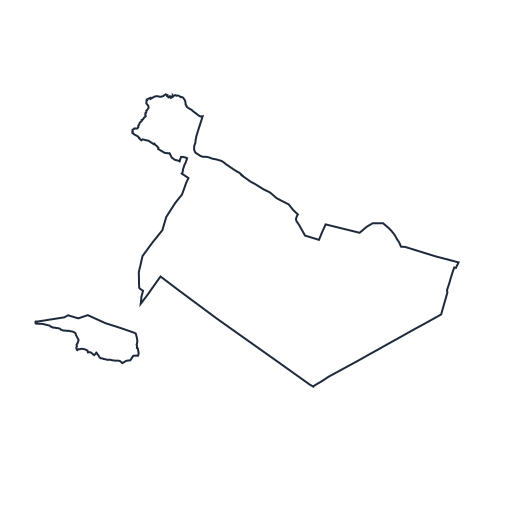 Joquicingo, México, Mexico (Mercator projection), rotated 104°
{"feature_id": "50627088B35119178104761", "entity_name": "Joquicingo", "entity_type": "district", "adm_level": 2, "iso_a3": "MEX", "parent_name": "Mexico", "parent_adm1": "México", "projection": "mercator", "projection_center": [-99.521, 19.062], "detail": "fine", "context": "isolated", "style": "outline", "palette": "slate", "viewbox_px": 512, "rotation_deg": 104, "n_neighbors": 0, "source": "geoboundaries", "source_scale": "gbopen_adm2", "svg_char_len": 5672}
<svg xmlns="http://www.w3.org/2000/svg" viewBox="0 0 512 512"><g transform="rotate(104 256 256)"><path d="M368.2,168.6L365.0,165.4L361.8,162.1L358.8,159.3L355.7,156.5L351.3,151.7L346.9,146.9L344.7,144.5L342.5,142.1L338.1,137.3L333.7,132.5L329.4,127.9L325.1,123.4L320.8,118.8L316.6,114.2L314.4,112.0L310.1,107.4L305.8,102.8L301.6,98.3L297.3,93.7L295.1,91.4L290.9,86.9L288.8,84.7L284.7,80.2L282.6,77.9L278.4,73.4L274.2,68.9L270.0,64.4L267.9,62.2L261.1,62.0L257.7,61.9L252.7,61.7L245.8,61.5L245.1,61.5L242.9,62.4L237.4,62.0L234.6,61.8L230.2,61.7L224.0,61.3L219.2,60.9L219.2,59.2L213.2,57.9L212.9,82.7L212.8,83.3L212.4,90.8L211.1,113.7L211.9,117.5L210.4,118.7L208.6,120.0L207.8,120.8L206.9,121.7L206.1,122.7L205.4,123.4L204.2,124.5L203.4,125.2L202.7,125.9L201.8,126.9L201.1,127.7L200.0,129.2L198.9,130.6L196.8,133.9L193.5,140.6L196.0,150.7L200.9,155.7L204.3,158.1L208.4,161.1L208.5,196.1L211.3,196.6L217.4,197.7L225.1,198.8L224.3,213.4L219.9,217.5L214.9,222.3L212.5,225.1L210.5,226.2L208.8,226.1L206.3,225.7L205.6,225.4L202.2,231.3L198.0,236.8L196.4,243.9L194.9,250.0L192.5,254.7L190.9,258.0L189.5,264.8L186.4,274.3L185.2,279.2L182.6,285.8L181.3,289.2L181.0,288.9L180.3,290.2L179.2,292.6L179.0,293.4L178.9,294.0L178.7,294.9L178.4,295.6L178.3,295.8L178.0,296.9L177.5,298.3L177.4,298.5L177.3,299.0L176.5,301.0L176.3,301.7L175.4,304.0L174.3,307.2L173.2,309.3L172.1,312.4L171.9,317.4L172.1,322.1L171.7,325.4L171.8,328.2L172.6,331.8L172.4,334.0L170.3,339.9L167.8,341.8L164.0,342.6L161.1,342.2L157.6,342.7L155.6,342.7L155.0,342.9L147.7,342.5L143.3,342.2L137.5,341.8L133.4,341.6L133.6,341.9L133.7,343.0L134.1,343.7L133.3,346.4L133.1,346.6L132.3,348.4L130.7,352.3L129.8,353.8L129.1,356.5L128.0,359.3L126.9,359.8L126.2,360.9L123.7,361.7L123.2,362.0L121.7,363.0L120.9,364.1L120.3,364.7L119.8,365.7L119.7,366.6L120.1,367.3L119.2,369.5L119.2,370.7L119.4,371.6L119.7,371.8L119.5,373.5L121.0,375.0L120.4,375.7L122.0,375.4L123.1,377.0L121.9,377.4L121.8,378.4L123.2,379.1L122.4,380.9L121.3,380.8L121.2,381.8L121.0,382.7L121.5,383.2L123.4,384.8L124.7,387.2L124.8,390.0L124.9,390.9L125.8,392.9L129.0,396.3L128.1,396.7L130.5,399.8L131.1,399.3L132.0,399.8L134.5,399.3L135.5,397.9L136.3,396.9L137.3,396.4L138.5,396.1L140.7,397.0L141.2,397.2L141.6,397.6L142.1,397.4L142.8,397.3L143.4,397.3L144.1,397.9L144.6,397.6L145.2,397.5L145.7,397.7L146.9,396.8L147.5,397.2L148.2,397.5L148.5,397.8L149.0,398.2L149.8,398.3L150.0,398.4L150.2,398.5L150.7,398.8L151.4,399.1L151.7,399.8L152.4,399.6L152.5,399.6L153.1,399.7L153.9,400.5L154.9,401.0L155.4,401.1L156.6,401.3L157.2,401.3L157.7,401.6L158.1,401.8L159.4,401.3L159.9,401.6L160.9,401.9L161.3,403.0L161.4,403.7L161.6,404.8L162.1,404.9L162.7,405.6L163.3,406.3L164.1,406.2L164.8,406.1L164.9,405.9L165.1,405.8L165.2,405.6L165.4,405.5L165.5,405.5L165.9,405.7L166.0,405.8L166.3,405.8L166.3,405.6L166.6,405.3L166.8,404.9L167.0,404.7L167.0,404.4L167.2,404.0L167.3,403.8L167.4,403.7L167.5,403.6L167.9,401.9L168.4,400.0L169.6,397.8L170.0,397.9L171.5,395.3L170.3,394.4L170.3,393.9L170.2,388.0L170.9,386.2L172.2,382.2L171.6,381.7L172.6,380.6L173.0,379.4L174.6,376.9L175.8,376.9L178.0,369.7L177.5,365.2L177.2,364.8L177.7,364.3L180.3,362.1L181.0,361.5L181.8,359.3L181.9,358.9L182.3,358.1L182.3,356.3L182.3,354.4L182.7,353.0L181.9,352.9L181.2,353.0L180.0,352.9L179.2,352.7L178.0,352.7L177.9,352.1L177.8,351.8L177.5,351.0L177.6,350.0L177.5,349.0L177.5,348.1L177.8,346.5L180.6,346.7L182.7,346.9L184.5,347.4L189.7,347.8L190.8,347.6L192.6,347.6L193.1,347.5L194.0,348.0L196.7,340.4L201.7,341.4L205.7,341.8L209.7,342.2L214.4,342.7L219.7,345.2L223.8,347.1L229.7,349.1L233.2,350.3L239.8,352.5L246.8,352.8L253.7,353.1L258.0,355.1L261.5,356.7L267.2,359.4L270.6,360.8L273.8,362.1L277.7,363.7L283.5,366.1L288.2,366.0L292.1,365.9L295.9,365.9L300.0,365.8L305.9,364.2L311.9,362.6L315.0,361.7L316.0,360.3L317.1,357.2L324.3,357.3L325.0,357.0L330.3,356.3L319.3,351.6L313.5,349.4L299.0,343.7L307.7,323.4L326.2,278.9L354.1,207.4L367.7,172.9L368.9,168.8L368.2,168.6ZM390.6,406.7L390.2,406.4L389.5,405.8L389.2,405.2L389.2,404.6L388.7,403.7L388.2,402.8L387.9,400.4L388.2,398.0L388.5,396.6L389.5,396.2L390.2,395.8L390.0,395.2L389.6,394.4L389.6,392.7L390.5,390.9L390.9,390.3L391.3,389.1L391.0,389.0L390.6,388.5L389.5,388.0L388.4,387.6L388.8,386.8L389.3,386.6L390.0,385.6L390.6,384.7L391.7,383.9L392.6,382.5L392.8,381.7L392.6,380.7L392.5,380.1L392.8,379.2L392.6,377.2L392.7,375.0L392.2,373.4L391.9,372.3L392.0,370.6L391.8,369.1L391.6,367.1L390.9,364.3L390.8,362.9L391.2,361.7L392.3,359.8L391.4,358.9L390.7,358.1L389.8,357.3L388.9,356.1L388.7,355.6L388.1,354.1L387.6,352.7L386.8,352.4L383.1,351.2L382.7,351.0L382.1,349.8L381.5,347.6L381.5,347.1L381.5,346.6L380.9,346.2L378.6,346.4L374.3,348.3L374.1,349.3L373.1,349.4L372.1,349.8L371.3,350.0L370.9,350.4L370.0,350.3L368.8,350.4L367.9,350.4L365.8,351.1L363.8,352.0L360.4,353.9L359.9,355.9L358.6,370.3L357.6,385.9L354.1,404.9L359.5,413.4L359.0,424.0L361.9,427.2L366.1,437.1L368.3,442.4L369.5,445.1L372.7,452.8L372.8,453.8L373.4,454.1L373.9,453.9L374.3,453.8L374.7,453.4L374.8,452.9L374.7,452.1L374.4,451.4L374.3,450.1L373.8,448.2L373.7,447.5L373.5,446.1L373.5,445.1L373.5,442.3L373.5,439.5L374.3,437.6L374.3,436.8L374.4,436.1L374.5,436.0L374.5,435.1L374.3,434.5L374.2,433.5L374.2,432.3L374.0,431.4L373.9,430.5L373.9,429.8L374.1,428.4L374.7,427.4L374.7,426.5L374.9,425.6L374.9,424.6L374.8,424.0L374.6,423.5L374.4,422.1L374.4,420.9L373.9,420.1L373.9,419.2L373.9,418.3L373.8,416.8L373.7,415.6L373.9,414.4L374.5,412.6L376.3,411.5L380.4,407.8L380.9,407.9L381.6,407.9L382.4,407.9L382.9,407.9L383.7,408.1L384.1,408.3L385.7,408.6L387.0,407.9L387.5,408.0L388.5,408.2L389.5,407.6L390.3,407.2L390.6,406.7Z" fill="none" stroke="#1e293b" stroke-width="2"/></g></svg>